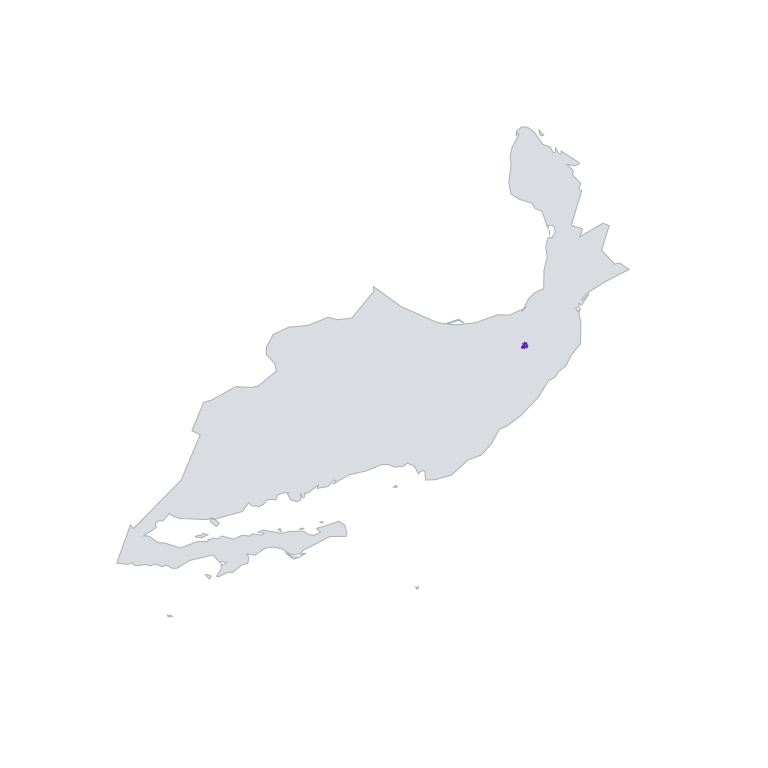 Caltepec, Puebla, Mexico (highlighted), rotated 289°
{"feature_id": "50627088B1371520644143", "entity_name": "Caltepec", "entity_type": "district", "adm_level": 2, "iso_a3": "MEX", "parent_name": "Mexico", "parent_adm1": "Puebla", "projection": "orthographic", "projection_center": [-97.485, 18.145], "detail": "fine", "context": "in_parent", "style": "filled", "palette": "violet", "viewbox_px": 768, "rotation_deg": 289, "n_neighbors": 0, "source": "geoboundaries", "source_scale": "gbopen_adm2", "svg_char_len": 5594}
<svg xmlns="http://www.w3.org/2000/svg" viewBox="0 0 768 768"><g transform="rotate(289 384 384)"><path d="M127.6,189.6L168.3,190.1L165.7,194.1L227.0,223.5L276.2,226.7L277.2,217.6L307.9,219.5L312.7,226.2L333.2,244.7L337.5,259.8L341.1,265.7L361.2,278.1L368.0,273.9L373.5,263.1L379.9,260.8L394.7,263.1L406.8,275.5L414.7,293.2L428.9,309.4L429.7,319.5L436.0,332.2L468.4,344.2L472.7,342.3L462.8,374.9L459.4,413.9L460.9,422.3L469.6,433.6L467.8,439.7L468.3,433.5L461.1,424.0L463.3,432.8L472.1,451.2L486.5,468.8L489.8,479.8L500.0,490.9L497.2,490.7L503.0,493.3L501.2,491.7L511.8,493.0L519.4,496.8L526.2,503.9L544.1,498.1L557.2,497.0L565.8,492.4L575.0,491.3L576.9,492.9L576.3,495.2L583.8,496.5L588.8,492.8L587.3,487.1L584.8,488.6L585.4,487.4L598.8,477.3L599.3,469.3L603.1,464.7L602.7,452.0L604.8,442.4L614.9,436.5L632.8,432.8L640.5,429.2L649.3,428.0L663.9,430.5L665.0,428.4L661.2,428.5L666.0,426.8L672.1,430.6L673.5,436.1L671.1,443.9L662.3,456.0L662.3,463.7L657.8,468.6L658.8,470.3L663.0,469.5L658.7,474.5L658.9,476.5L661.9,475.7L657.1,495.4L655.6,497.2L652.3,493.0L651.3,485.7L647.3,493.5L642.9,494.3L637.8,504.6L631.4,504.7L631.0,508.0L595.0,509.4L595.3,521.2L587.1,521.4L607.4,538.7L607.0,545.4L581.3,546.3L572.4,563.2L575.1,567.3L572.1,578.4L553.0,560.1L537.8,547.8L528.6,543.1L527.5,544.4L536.1,548.5L522.8,545.0L523.7,541.9L520.2,543.2L518.0,540.5L515.6,543.5L520.1,544.8L513.4,545.6L506.8,549.9L485.9,556.8L472.3,551.5L460.9,550.3L453.2,545.3L445.6,543.2L440.8,538.4L422.2,534.3L399.3,524.0L384.6,514.2L378.4,507.7L363.0,505.1L348.6,499.2L339.7,488.4L320.0,477.6L310.0,463.3L306.8,454.6L314.9,450.9L313.8,447.2L310.3,445.9L315.9,439.7L316.8,432.0L312.7,429.1L308.9,421.3L309.4,414.2L306.9,407.9L296.0,395.5L286.9,380.8L272.2,367.7L276.4,370.3L276.9,367.6L268.9,364.6L263.5,354.6L267.8,355.1L256.4,347.9L254.9,344.6L250.4,345.5L249.8,344.0L253.5,340.4L247.5,343.0L244.3,340.0L244.1,333.6L248.8,328.3L250.2,329.4L247.8,323.5L244.4,319.6L239.4,319.4L236.7,311.4L230.9,309.3L227.6,305.8L225.8,298.8L227.8,294.6L217.4,291.7L201.5,268.8L201.1,263.6L198.5,261.8L190.3,234.3L190.4,226.2L192.0,223.6L182.6,219.4L180.9,214.9L177.9,213.2L174.1,215.3L162.1,206.1L163.7,211.5L160.5,221.2L162.3,229.4L162.6,244.7L174.5,259.3L177.7,268.6L179.8,268.4L180.5,271.2L182.5,271.7L183.7,277.7L187.4,279.9L188.3,292.3L194.8,299.1L196.4,306.2L199.5,308.7L201.1,317.1L203.8,319.3L202.8,313.1L206.5,316.9L209.5,336.2L213.6,342.0L218.7,356.0L217.2,361.7L218.1,366.9L223.1,372.3L225.5,367.4L239.6,386.4L237.6,392.9L231.1,397.4L227.6,397.8L222.2,382.6L199.7,361.1L197.4,361.2L193.1,354.6L192.6,350.4L194.9,341.3L193.7,332.4L190.7,325.9L180.0,317.3L178.5,309.7L176.0,312.7L170.0,313.6L166.3,308.2L156.3,302.0L155.2,297.5L148.0,290.5L147.6,288.2L155.7,290.2L160.7,288.8L160.4,290.8L164.2,293.3L163.3,288.1L161.4,287.6L166.7,278.0L153.9,257.7L142.4,248.2L140.8,243.8L141.8,236.8L139.1,234.3L139.3,226.3L135.9,222.5L136.0,217.8L131.8,209.9L131.4,206.4L133.5,204.2L130.2,200.9L127.6,189.6ZM200.7,269.0L198.8,273.7L194.8,271.8L197.4,264.6L199.9,264.1L200.7,269.0ZM184.1,266.6L178.8,260.9L178.0,255.4L180.7,257.4L181.1,260.4L184.0,261.5L184.1,266.6ZM671.4,454.0L669.8,452.4L670.5,450.1L674.5,448.0L671.4,454.0ZM192.8,360.7L188.9,355.3L192.5,345.3L190.9,354.4L192.8,360.7ZM145.9,283.4L142.8,282.3L145.7,277.1L146.6,281.3L145.9,283.4ZM95.6,259.8L93.5,256.1L94.4,254.6L95.3,254.8L95.6,259.8ZM196.4,361.2L198.7,365.4L193.5,361.1L196.4,361.2ZM292.1,428.3L291.5,430.0L290.1,429.3L289.6,426.4L292.1,428.3ZM220.7,352.5L221.4,355.7L218.9,351.6L220.7,352.5ZM212.0,331.2L213.5,332.7L210.8,335.3L212.0,331.2ZM203.4,482.8L202.2,483.1L200.6,481.7L202.2,480.1L203.4,482.8ZM581.3,491.2L578.1,492.1L583.6,490.1L581.3,491.2ZM233.9,371.3L232.3,370.9L232.4,367.9L233.9,371.3Z" fill="#d9dde1" stroke="#a8b0b8" stroke-width="1"/><path d="M464.6,505.7L464.7,506.2L464.7,506.3L464.8,506.4L464.7,506.6L464.9,506.8L465.1,507.1L465.3,507.0L465.3,506.9L465.6,507.0L465.9,507.3L466.0,507.3L466.3,507.3L466.5,507.3L466.6,507.2L466.8,507.1L466.9,506.9L467.0,506.8L467.0,506.7L467.2,506.4L467.3,506.4L467.3,506.5L467.3,506.4L467.3,506.5L467.4,506.4L467.5,506.4L467.6,506.1L467.7,505.9L467.8,505.9L467.9,505.7L467.9,505.8L467.9,505.7L468.0,505.7L468.1,505.8L468.3,505.9L468.5,505.9L468.4,505.9L468.5,505.8L468.6,505.7L468.8,505.5L468.9,505.3L468.8,505.2L468.7,505.1L468.7,504.9L468.6,504.7L468.4,504.5L468.5,504.4L468.4,504.3L468.5,504.3L468.4,504.2L468.5,504.1L468.4,504.0L468.2,504.0L468.2,503.9L468.3,503.9L468.3,503.7L468.5,503.4L468.4,503.4L468.3,503.2L468.2,503.0L468.2,502.9L468.2,503.0L467.9,503.0L467.8,502.9L467.8,503.0L467.7,503.0L467.7,503.3L467.7,503.5L467.4,503.4L467.2,503.4L467.2,503.5L466.9,503.5L466.7,503.5L466.2,503.7L465.9,503.5L465.8,503.4L465.7,503.4L465.6,503.2L465.4,503.0L465.1,503.1L465.1,502.9L464.9,502.9L464.9,503.0L464.8,502.9L464.7,502.9L464.7,503.0L464.7,502.9L464.5,503.0L464.5,502.9L464.8,502.8L464.9,502.7L464.7,502.7L464.4,502.5L464.3,502.4L464.1,502.4L464.2,502.5L464.1,502.8L464.1,503.0L464.0,503.3L463.9,503.3L463.8,503.2L463.7,503.2L463.6,503.3L463.5,503.2L463.4,503.1L463.4,503.4L463.4,503.5L463.5,503.4L463.6,503.5L463.7,503.8L464.0,504.0L464.2,503.9L464.4,503.8L464.4,504.0L464.5,504.2L464.5,504.3L464.8,504.0L465.0,504.0L465.0,503.9L465.2,504.0L465.2,503.9L465.3,503.9L465.3,504.0L465.5,504.1L465.7,504.3L465.7,504.5L465.5,504.8L465.4,505.0L465.2,505.0L464.9,505.0L464.7,505.1L464.5,505.3L464.5,505.5L464.6,505.7ZM463.7,504.7L463.8,504.7L463.9,504.4L464.0,504.4L463.8,504.3L463.8,504.2L463.7,504.1L463.3,504.0L463.2,504.0L463.3,504.4L463.6,504.6L463.7,504.7Z" fill="#8b5cf6" stroke="#5b21b6" stroke-width="1.5"/></g></svg>